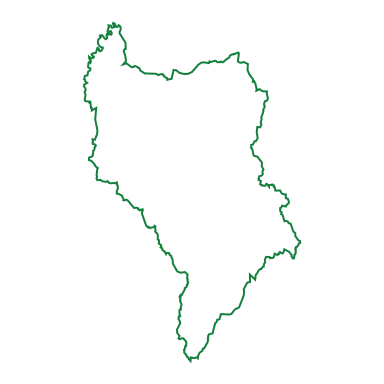 the district of Ban Phai, Khon Kaen, Thailand
{"feature_id": "78962969B94804173540962", "entity_name": "Ban Phai", "entity_type": "district", "adm_level": 2, "iso_a3": "THA", "parent_name": "Thailand", "parent_adm1": "Khon Kaen", "projection": "equal_earth", "projection_center": [102.783, 16.032], "detail": "fine", "context": "isolated", "style": "outline", "palette": "green", "viewbox_px": 384, "rotation_deg": 0, "n_neighbors": 0, "source": "geoboundaries", "source_scale": "gbopen_adm2", "svg_char_len": 5884}
<svg xmlns="http://www.w3.org/2000/svg" viewBox="0 0 384 384"><path d="M118.6,25.2L117.7,26.8L116.6,26.9L115.6,25.9L114.8,23.8L113.2,23.0L113.0,23.7L114.3,27.1L112.1,27.8L111.5,27.4L111.0,25.7L108.5,25.3L108.9,27.7L108.0,29.0L107.5,31.7L108.6,32.7L110.0,31.2L110.8,31.1L111.8,33.3L111.3,34.6L109.9,34.1L108.5,34.7L107.6,33.9L106.9,34.1L106.4,35.5L107.3,37.9L105.9,39.2L104.7,38.5L102.3,35.2L99.9,35.5L99.8,36.1L100.7,36.7L100.8,37.3L98.3,39.5L97.8,42.8L99.2,45.9L100.9,47.1L102.7,47.4L102.8,48.4L101.4,50.6L100.0,51.3L99.0,50.7L98.7,48.7L97.5,47.9L95.8,52.8L92.6,53.4L91.5,54.4L92.5,55.9L93.9,56.6L93.8,57.5L91.4,58.5L89.1,56.7L89.2,58.6L91.0,61.3L90.3,63.0L89.1,62.1L88.6,62.5L88.0,66.7L88.7,67.9L90.3,68.4L90.5,69.3L90.2,70.2L88.1,71.8L87.4,75.4L84.9,75.9L84.6,76.5L84.5,78.9L84.1,79.3L85.1,80.1L85.3,81.4L87.2,82.9L84.3,84.5L83.8,86.0L85.5,88.7L85.6,90.5L84.6,92.0L85.5,94.5L84.7,100.3L85.7,101.3L88.8,101.4L89.3,102.6L90.3,101.9L91.0,108.0L91.9,108.2L91.8,110.5L96.2,108.0L95.2,119.4L97.4,130.3L97.1,134.1L94.9,139.7L92.6,139.3L93.0,141.8L92.6,142.2L92.7,143.9L94.9,144.4L95.8,145.4L95.3,146.7L94.8,146.8L94.3,149.7L93.0,151.2L93.2,152.9L92.7,154.8L92.9,155.4L91.4,156.9L89.3,157.4L88.9,158.2L89.0,160.1L91.6,161.0L94.8,164.6L94.7,165.1L95.8,166.5L97.9,168.1L97.2,169.1L96.6,175.2L97.1,176.5L96.5,178.5L97.3,180.2L100.3,179.8L102.4,181.3L106.2,181.9L107.6,181.1L109.1,183.0L111.4,183.3L114.1,182.9L115.4,183.4L116.9,182.5L117.2,185.3L117.7,185.7L118.0,188.3L116.8,190.8L116.8,193.7L118.3,193.8L122.2,195.8L122.4,197.3L123.6,199.1L123.3,200.1L124.5,200.4L126.4,199.6L127.7,200.4L134.1,208.0L136.2,207.7L138.2,208.3L138.1,209.3L138.9,209.8L140.1,209.7L140.1,210.3L141.0,210.2L141.1,209.7L141.8,209.7L142.0,210.3L143.0,208.6L141.9,213.5L146.2,225.7L148.0,227.5L148.5,226.8L150.3,228.2L151.2,227.6L153.8,227.1L154.6,225.8L155.4,226.4L155.1,227.7L155.6,230.6L155.1,231.6L156.9,233.3L157.9,235.1L157.7,239.4L158.9,240.1L159.1,241.7L158.8,243.7L161.1,245.1L161.3,246.2L160.6,247.4L162.3,248.4L162.6,250.2L164.5,251.4L165.9,253.9L166.2,252.9L169.2,253.1L169.4,254.6L171.1,255.7L171.7,258.0L172.5,259.0L173.0,264.0L176.2,269.4L176.3,270.2L177.6,271.6L180.6,272.7L185.1,272.1L187.6,274.5L187.0,278.3L187.7,279.3L187.5,281.4L188.2,281.9L187.5,284.7L187.0,284.6L186.6,286.8L184.7,288.2L185.0,288.9L181.9,294.8L181.3,294.5L180.8,295.7L180.3,295.6L180.4,296.6L179.9,296.4L179.7,297.3L180.5,297.5L180.1,299.4L180.4,299.6L180.4,301.0L180.1,301.2L181.6,304.4L180.8,307.1L180.9,309.5L179.6,309.7L179.5,310.4L179.5,314.3L180.3,315.9L179.7,316.7L178.8,316.6L178.5,318.3L178.6,319.3L180.0,321.6L179.8,322.8L180.2,323.4L177.0,329.5L177.2,332.9L179.5,335.9L178.5,338.6L180.0,339.2L181.9,338.2L183.6,338.4L183.8,339.1L186.0,341.3L186.4,343.3L186.0,344.7L186.3,345.3L185.7,346.6L185.1,346.5L184.6,349.4L183.9,350.0L184.4,351.5L184.2,352.7L185.4,353.8L185.7,354.6L186.3,354.7L186.7,356.4L187.9,357.6L188.3,357.5L188.7,359.0L190.5,361.0L190.8,357.5L194.0,358.1L196.8,357.4L197.8,358.3L198.0,356.2L199.5,352.8L202.5,350.6L202.8,348.7L204.3,348.3L204.7,347.0L205.7,346.0L206.1,344.6L207.3,343.0L208.2,339.8L207.7,338.8L208.3,337.3L208.0,336.3L209.0,334.3L212.6,333.4L215.1,323.4L216.6,322.0L217.2,319.8L219.5,319.3L220.9,314.1L228.9,314.5L231.3,314.1L234.5,309.9L236.1,308.7L238.4,307.9L239.3,306.9L243.7,295.5L244.1,291.4L243.7,289.4L247.0,283.0L247.8,282.4L250.0,282.1L249.9,274.6L255.2,279.6L255.7,275.0L257.3,273.0L258.6,270.3L260.9,268.7L261.3,269.0L262.8,266.7L263.7,266.6L264.0,264.1L265.1,262.2L264.9,259.8L266.0,257.0L269.5,256.9L269.9,258.2L273.3,257.8L274.5,255.1L274.6,253.7L277.4,255.0L277.8,254.1L278.8,254.2L279.4,252.4L280.0,252.7L280.2,252.2L282.6,253.5L283.7,251.8L284.3,249.3L289.3,252.0L291.7,255.2L291.5,256.2L291.9,257.2L292.8,257.6L293.0,258.5L294.1,258.3L294.5,254.5L295.2,254.4L295.8,252.6L295.5,251.8L295.9,250.5L295.3,249.7L295.8,248.7L295.4,248.2L296.0,247.0L296.7,247.0L298.5,244.8L298.7,243.4L300.2,242.8L299.9,241.0L298.3,240.2L295.4,236.2L295.2,232.9L293.4,231.7L290.7,223.8L288.8,223.2L287.6,221.4L285.3,220.8L284.5,221.2L282.5,214.9L281.1,214.1L281.7,212.4L280.3,211.3L280.1,208.1L281.4,207.5L282.2,205.7L285.9,206.5L286.1,205.5L288.8,203.0L288.9,201.7L287.9,198.8L286.0,198.3L286.0,197.4L285.6,197.0L285.9,194.5L283.0,194.1L281.5,193.2L280.2,190.5L275.4,190.6L274.7,187.1L273.7,186.8L273.8,185.3L272.2,185.1L272.3,184.6L269.2,185.0L269.1,186.8L266.8,183.8L266.1,184.1L265.3,185.8L262.4,185.6L261.9,185.5L262.0,185.0L260.1,184.2L260.9,181.0L258.6,180.0L258.6,178.3L258.9,178.3L259.2,176.3L261.7,175.6L262.7,174.3L262.5,171.1L263.5,169.5L261.7,166.2L262.0,162.7L257.5,156.7L254.0,155.8L253.0,153.3L252.7,150.5L251.9,148.4L251.3,148.4L251.1,145.1L253.0,144.5L254.4,141.4L256.0,141.1L257.7,138.0L256.7,132.3L257.3,127.0L260.2,127.3L261.5,124.4L260.7,122.8L261.7,118.8L261.2,117.8L263.0,112.7L263.4,110.9L263.1,110.5L264.7,106.5L264.5,105.1L264.0,104.6L264.1,103.6L265.0,101.1L266.9,100.7L267.9,98.6L266.9,94.2L266.9,91.4L263.8,91.4L261.9,90.9L259.7,89.2L256.4,90.7L256.8,88.9L256.5,88.7L255.5,83.8L254.1,81.2L252.9,81.7L253.1,80.2L252.7,78.7L250.6,76.4L250.6,75.6L249.3,74.4L247.5,70.0L247.9,64.0L243.7,62.0L241.1,62.8L238.9,62.3L237.9,61.4L238.9,53.2L238.0,52.5L234.0,54.3L233.8,53.9L230.2,55.3L228.9,57.8L226.1,59.5L223.1,62.2L222.1,62.3L220.9,61.5L220.0,62.2L217.2,62.1L215.9,60.9L214.5,60.9L210.8,62.0L209.5,61.4L209.0,63.1L203.5,62.3L201.1,62.8L198.2,64.8L192.0,72.0L187.9,73.9L184.1,74.0L181.2,73.3L179.2,72.7L176.3,70.3L173.6,70.0L171.6,78.8L167.2,79.7L167.2,78.2L164.5,76.9L164.4,76.0L163.3,75.4L163.2,74.5L162.6,74.1L160.2,74.3L158.5,75.1L156.1,73.8L144.6,73.4L140.5,70.7L139.3,68.0L138.3,67.9L136.7,66.6L134.7,65.9L133.4,67.1L131.6,67.2L126.4,63.3L123.2,64.4L125.8,61.3L125.8,59.2L125.1,55.1L123.7,51.2L124.6,49.1L125.7,49.0L125.6,43.6L125.3,42.4L119.6,33.3L119.5,32.1L120.5,30.1L120.8,28.0L119.7,25.8L118.6,25.2Z" fill="none" stroke="#15803d" stroke-width="2"/></svg>